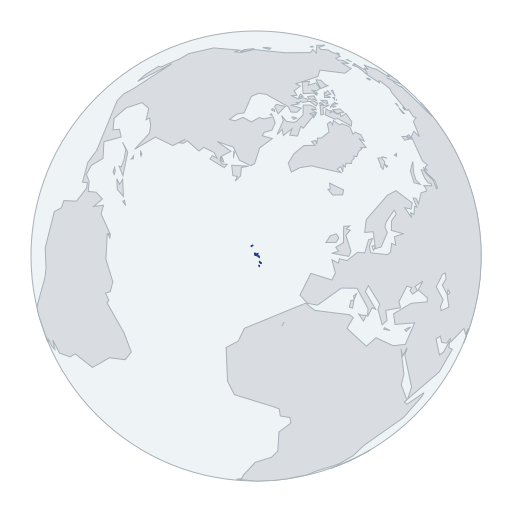 globe centered on Azores, rotated 42°
{"feature_id": "PRT-735", "entity_name": "Azores", "entity_type": "Autonomous region", "adm_level": 1, "iso_a3": "PRT", "parent_name": "Portugal", "parent_adm1": "", "projection": "orthographic", "projection_center": [-27.949, 38.331], "detail": "medium", "context": "on_globe", "style": "filled", "palette": "blue", "viewbox_px": 512, "rotation_deg": 42, "n_neighbors": 0, "source": "natural_earth", "source_scale": "10m", "svg_char_len": 10863}
<svg xmlns="http://www.w3.org/2000/svg" viewBox="0 0 512 512"><g transform="rotate(42 256 256)"><circle cx="256" cy="256" r="225" fill="#eef3f6" stroke="#a8b0b8"/><path d="M133.9,445.3L127.6,440.6L125.1,436.3L113.5,413.1L108.0,405.4L93.9,391.0L76.4,357.9L79.1,350.5L76.2,343.4L85.9,335.3L84.7,318.9L81.6,314.3L77.7,317.3L68.4,299.0L67.0,284.3L48.9,233.6L49.2,224.0L52.8,214.2L64.8,169.5L51.2,205.4L52.4,194.8L56.8,180.0L58.6,179.6L67.2,161.0L70.8,150.3L85.3,129.7L106.8,113.4L103.1,118.9L108.7,114.8L113.7,107.9L115.7,104.4L141.7,85.4L160.3,68.5L160.0,64.5L164.9,64.8L160.2,58.8L166.3,53.0L163.1,58.9L165.7,59.2L171.8,54.6L175.7,53.9L180.9,51.6L185.1,51.4L183.0,55.5L185.6,55.7L189.7,52.5L196.5,50.8L190.1,55.3L201.3,53.0L199.7,60.7L179.1,75.1L181.9,81.2L170.4,101.3L175.2,100.0L173.8,107.6L178.8,109.2L175.3,113.0L182.3,111.0L184.6,107.3L188.5,105.3L191.6,106.0L187.6,110.8L185.5,111.2L185.9,113.0L182.6,115.2L186.0,114.5L180.9,120.7L190.6,115.8L190.3,121.8L185.6,125.6L180.1,123.5L155.7,128.9L149.2,133.1L145.7,140.5L151.4,157.5L146.8,163.3L144.8,172.2L150.1,169.5L153.5,161.7L162.8,159.5L165.9,150.8L170.1,148.9L175.6,141.1L181.2,144.3L183.6,151.9L179.3,158.7L180.2,162.4L189.5,157.9L186.4,173.2L193.2,188.3L191.7,192.4L179.5,195.9L166.4,190.2L150.6,196.9L167.3,194.9L163.3,206.0L165.3,209.1L169.3,210.2L173.3,207.0L173.3,211.6L156.8,214.7L156.5,210.6L161.8,209.4L155.6,207.1L144.4,210.3L143.3,216.2L127.7,216.3L126.7,220.7L122.7,223.6L125.4,216.4L120.3,229.6L101.7,234.9L94.4,257.8L94.6,235.9L90.4,229.6L84.6,224.6L83.2,228.2L77.4,218.0L68.7,218.3L60.4,232.9L58.4,248.6L65.3,257.9L69.7,253.2L76.2,257.8L66.5,272.8L77.0,285.9L73.0,298.9L75.4,309.0L81.9,312.0L88.2,320.3L94.4,315.6L103.7,316.4L102.2,327.8L108.7,320.3L112.9,328.5L132.4,337.0L130.5,339.0L146.7,358.9L166.9,371.0L171.6,380.1L168.9,384.2L176.5,387.5L176.6,390.5L209.1,401.3L227.6,410.8L228.2,420.6L215.2,429.7L209.0,448.3L187.1,449.7L185.4,455.3L174.9,459.6L161.2,454.5L169.1,460.0L164.7,459.7L156.9,456.6L159.0,458.6L153.4,456.0L159.6,459.3L156.9,458.3L133.9,445.3ZM91.2,264.6L103.4,285.4L94.1,280.8L96.3,280.0L93.7,273.1L88.1,264.1L80.6,260.7L91.2,264.6ZM102.0,257.5L99.6,254.8L102.2,256.5L102.0,257.5ZM115.9,103.1L113.4,107.9L107.5,114.7L109.0,110.6L115.9,103.1ZM127.8,91.6L127.8,93.3L121.5,96.8L123.5,94.7L127.8,91.6ZM158.9,62.1L156.1,64.7L157.4,62.5L158.9,62.1ZM180.9,51.3L180.4,50.8L183.3,49.8L180.9,51.3ZM172.2,139.9L173.9,140.5L172.0,141.6L172.2,139.9ZM173.1,136.1L169.7,137.1L169.6,135.4L171.7,134.9L173.1,136.1ZM192.4,48.8L197.2,47.7L191.9,49.5L192.4,48.8ZM177.3,135.5L169.8,132.4L169.7,129.6L177.6,125.4L177.3,135.5ZM199.7,47.4L211.4,45.1L211.3,43.7L218.1,46.8L205.9,47.4L199.5,49.8L201.7,47.9L199.7,47.4ZM184.0,105.8L181.7,109.8L180.7,105.9L184.0,105.8ZM182.4,103.8L173.8,95.7L178.8,90.5L180.7,94.1L184.8,87.2L191.4,88.7L190.6,92.8L186.1,95.7L192.1,94.1L182.4,103.8ZM220.0,49.1L222.5,49.4L219.4,49.9L220.0,49.1ZM189.9,104.2L187.8,102.8L191.9,98.2L197.0,100.1L194.0,100.9L189.9,104.2ZM182.6,84.9L186.6,82.0L193.0,82.3L195.5,81.3L192.0,88.3L182.6,84.9ZM194.7,102.4L199.5,101.2L200.4,104.2L192.3,105.2L194.7,102.4ZM190.8,96.2L193.0,94.2L193.5,95.9L190.8,96.2ZM206.3,114.6L203.6,112.7L205.6,110.1L206.3,114.6ZM201.2,100.6L200.9,99.6L201.4,98.5L204.6,98.4L201.2,100.6ZM196.8,88.1L198.6,89.0L198.5,85.3L203.4,85.6L200.2,90.3L203.6,88.5L205.1,88.6L200.8,92.4L196.8,88.1ZM209.3,94.9L206.9,101.5L211.5,105.4L209.9,107.8L202.8,101.2L209.3,94.9ZM204.7,93.0L207.2,94.7L203.9,96.6L200.2,96.7L204.7,93.0ZM207.8,84.3L201.2,82.5L202.1,81.6L207.8,84.3ZM211.3,95.6L211.8,94.0L212.0,95.7L211.3,95.6ZM209.6,87.2L207.2,86.7L208.3,85.6L209.6,87.2ZM215.0,91.5L214.2,93.6L211.6,93.6L215.0,91.5ZM213.0,89.2L215.2,87.9L211.2,92.4L211.7,89.1L213.0,89.2ZM211.1,86.3L210.9,85.5L211.9,86.7L211.1,86.3ZM225.1,90.5L220.7,96.1L215.1,96.0L220.1,90.5L225.1,90.5ZM244.6,31.0L247.7,31.8L233.7,36.3L240.4,34.1L242.6,34.7L247.2,34.2L251.7,33.0L250.0,32.7L275.8,33.6L293.9,34.5L283.7,32.8L281.5,32.2L283.8,32.4L300.3,35.1L316.6,39.0L332.5,44.1L348.1,50.4L363.1,57.8L377.5,66.3L391.2,75.8L404.2,86.4L416.4,97.8L427.7,110.2L438.1,123.3L447.4,137.2L455.7,151.8L462.9,166.9L469.0,182.5L468.2,180.6L462.2,167.8L464.2,173.9L458.9,170.6L458.3,189.5L455.5,187.4L456.0,193.2L451.8,196.0L446.6,192.2L445.3,197.1L458.5,206.8L459.6,201.6L456.8,189.8L460.6,195.0L464.3,194.0L469.7,219.4L464.4,260.8L459.4,249.4L432.5,229.7L430.8,224.8L430.5,224.4L429.9,223.8L432.0,232.3L425.8,227.9L445.0,244.9L450.2,254.6L464.4,261.9L464.1,265.3L467.4,265.1L472.3,245.1L473.3,249.6L473.7,277.4L462.9,324.5L461.8,339.5L456.7,355.2L444.4,376.0L439.9,385.3L432.7,394.6L428.5,400.5L419.5,410.8L406.7,423.2L390.9,435.0L394.3,431.1L393.2,427.2L393.5,409.8L402.2,395.1L402.7,386.3L390.8,371.4L393.7,356.9L389.4,353.3L381.1,358.6L375.6,354.1L370.1,356.2L332.7,373.5L318.6,368.1L295.0,344.0L299.8,331.1L295.8,317.4L324.5,257.8L336.1,257.1L364.9,237.0L369.5,236.7L372.0,248.9L398.4,249.2L399.9,236.4L417.9,230.9L426.1,221.8L418.6,199.5L405.1,213.8L396.9,206.9L403.0,187.3L414.0,175.4L411.1,172.4L399.3,172.7L396.8,163.1L394.6,172.3L399.2,173.6L398.0,179.6L393.7,178.8L393.0,175.3L388.3,177.5L392.9,194.5L398.1,197.7L388.8,209.5L396.5,216.2L395.8,222.7L382.5,214.1L380.0,208.9L359.3,202.9L361.2,209.3L380.7,215.6L376.9,216.8L379.5,226.4L374.4,220.1L352.6,212.4L340.9,222.7L334.6,251.3L326.0,256.7L314.8,255.6L308.4,232.2L328.4,223.1L326.4,215.5L315.0,208.0L322.0,206.1L319.8,202.2L326.7,198.5L329.0,185.3L334.8,181.0L328.8,168.6L330.9,164.9L333.9,173.2L339.1,176.9L352.8,167.1L353.4,163.0L348.3,155.9L352.7,154.5L346.0,149.0L350.5,140.9L339.5,146.4L333.2,139.2L332.1,130.8L328.0,129.6L329.9,143.5L332.5,148.3L337.8,150.6L343.0,165.5L339.8,170.6L326.9,159.5L321.0,165.8L313.6,155.1L313.0,122.9L316.3,113.8L336.6,112.0L339.9,117.4L334.2,120.5L346.0,123.4L341.9,120.4L345.6,119.4L340.5,113.0L342.9,112.1L334.0,107.8L336.3,106.0L341.9,108.7L336.4,98.5L339.3,93.7L336.9,91.9L333.6,91.4L339.5,86.2L337.5,85.1L334.8,86.4L329.0,85.2L321.1,81.4L323.6,79.8L326.8,80.9L337.2,81.3L345.3,85.2L345.5,84.2L339.1,80.5L326.4,79.9L320.9,78.2L326.5,77.6L324.0,77.6L322.1,76.3L322.5,73.6L316.2,74.0L291.5,63.3L289.8,57.7L297.6,58.0L283.0,50.7L282.3,46.1L279.8,47.1L271.1,45.1L271.2,46.4L269.3,46.8L247.1,43.6L243.8,42.1L231.3,42.9L230.0,43.6L231.8,44.7L218.1,46.8L211.3,43.7L214.6,42.2L208.2,41.8L216.6,38.8L220.5,36.6L233.5,34.4L235.5,33.3L232.7,33.3L233.3,32.3L242.8,31.1L244.6,31.0ZM321.1,286.3L321.9,290.7L321.9,290.8L321.1,286.3ZM430.1,172.8L433.6,164.9L424.2,157.1L424.8,153.6L421.3,152.5L423.5,156.6L413.9,152.9L412.6,145.9L408.2,142.0L406.8,144.6L410.6,158.3L424.4,163.3L426.9,170.1L430.1,172.8ZM133.1,337.2L135.3,340.4L132.0,339.1L133.1,337.2ZM91.7,284.8L94.8,287.3L96.1,290.3L93.4,289.1L91.7,284.8ZM121.1,302.6L125.3,305.8L120.4,304.5L121.1,302.6ZM105.6,288.3L117.7,300.5L108.3,299.3L100.9,291.7L106.7,294.0L105.6,288.3ZM98.0,263.4L99.7,265.7L98.4,267.5L98.0,263.4ZM103.8,258.8L103.0,258.4L102.6,255.9L103.8,258.8ZM164.2,205.8L165.6,205.7L169.1,207.7L166.4,208.6L164.2,205.8ZM191.0,206.9L190.4,214.3L188.9,209.4L185.0,211.7L177.2,204.8L190.5,194.1L185.9,200.0L191.0,206.9ZM170.4,193.2L173.8,198.4L169.5,193.2L170.4,193.2ZM300.8,185.9L305.5,187.0L306.4,192.3L299.0,199.2L297.6,191.5L300.8,185.9ZM312.0,187.5L301.3,175.3L305.5,171.0L304.9,175.4L308.8,173.8L308.9,180.5L323.4,188.9L325.2,194.2L310.5,203.2L314.3,197.1L309.5,196.1L312.0,187.5ZM266.5,156.6L261.9,152.6L276.9,148.3L279.5,152.6L272.2,159.4L264.9,158.3L266.5,156.6ZM192.5,129.2L189.8,128.9L190.9,127.4L194.1,126.4L192.5,129.2ZM204.9,113.9L205.6,129.4L202.5,129.7L206.6,139.1L200.1,143.6L197.6,137.3L195.7,148.2L190.8,144.3L190.4,151.7L185.7,137.1L181.2,134.5L188.7,135.6L194.8,131.3L196.1,128.7L196.6,119.6L190.1,112.4L195.2,107.6L200.5,106.0L202.8,107.0L198.8,109.8L204.8,109.1L200.7,113.9L204.9,113.9ZM259.5,98.3L253.9,99.8L265.3,101.7L261.3,105.5L262.9,105.5L262.3,109.7L264.4,114.9L261.7,116.2L263.6,117.7L263.3,120.7L265.1,123.3L260.9,126.7L262.8,130.3L259.8,130.0L264.1,135.2L259.0,132.9L258.1,137.0L263.5,137.1L236.8,152.0L229.5,161.0L226.1,170.0L217.9,165.5L215.8,154.5L217.7,141.8L225.9,134.2L220.7,133.8L223.1,130.2L226.2,132.0L222.8,127.1L225.6,124.7L227.3,115.0L220.7,110.1L221.2,106.6L225.1,107.3L222.8,103.5L230.6,102.6L231.1,100.3L239.3,97.3L246.7,100.6L246.7,97.7L252.9,95.7L259.5,98.3ZM227.5,89.8L237.3,92.2L239.9,95.6L224.5,99.3L223.0,101.6L213.2,104.7L209.7,99.8L212.8,99.3L215.0,97.7L215.2,99.9L216.7,97.0L221.0,96.3L223.3,94.0L225.8,95.4L227.5,89.8ZM371.1,230.4L374.0,229.3L377.7,226.3L379.4,232.5L371.1,230.4ZM356.3,225.4L358.4,223.3L362.6,230.2L359.6,231.6L356.3,225.4ZM355.9,216.7L358.1,222.7L355.2,220.3L355.9,216.7ZM335.5,171.1L337.3,168.7L338.9,170.1L339.5,173.3L335.5,171.1ZM292.4,106.5L288.7,106.3L288.4,105.2L281.1,101.8L283.5,99.0L288.8,99.9L292.4,106.5ZM418.4,205.3L418.1,211.6L415.9,211.2L416.5,209.1L418.4,205.3ZM399.5,223.3L405.5,221.7L399.9,225.0L399.5,223.3ZM293.8,102.9L290.5,101.7L293.7,101.1L293.8,102.9ZM284.8,96.9L288.0,95.7L282.9,98.3L284.8,96.9ZM453.6,364.3L453.7,364.1L462.2,345.9L467.2,334.0L470.8,323.3L469.4,328.2L462.3,346.6L453.6,364.3ZM309.3,80.8L316.8,88.2L323.8,92.5L330.2,92.8L324.4,95.8L313.6,89.3L309.3,80.8ZM293.5,65.4L287.9,65.7L288.1,63.9L289.4,63.6L293.5,65.4ZM291.7,66.8L289.0,70.4L284.4,69.5L287.4,66.8L291.7,66.8ZM291.8,85.7L293.8,88.0L291.2,88.4L291.8,85.7ZM281.2,32.1L280.2,32.2L277.4,32.1L276.1,31.6L281.2,32.1ZM223.2,48.4L222.5,49.3L221.3,48.6L223.2,48.4ZM269.6,47.6L266.9,48.0L265.6,46.9L269.6,47.6ZM258.6,48.7L262.0,49.6L257.3,49.3L258.6,48.7ZM269.7,51.7L262.8,50.3L270.9,50.8L269.7,51.7Z" fill="#d9dde1" stroke="#a8b0b8" stroke-width="1"/><path d="M264.5,257.7L264.7,257.8L264.7,258.0L264.0,258.3L263.7,258.3L263.4,258.3L263.3,258.2L263.0,258.2L262.6,258.0L262.5,257.8L262.5,257.6L262.8,257.6L263.0,257.7L263.0,257.8L263.4,257.9L263.6,257.8L264.1,257.7L264.5,257.7ZM255.5,255.5L255.3,255.7L255.1,255.8L255.0,255.7L254.9,255.7L254.5,255.7L254.4,255.7L254.2,255.5L254.2,255.4L254.2,255.2L254.4,255.1L254.7,255.1L255.2,255.5L255.5,255.5ZM258.9,254.6L258.7,254.6L258.7,254.8L258.4,254.8L258.3,254.7L258.2,254.8L258.1,254.7L257.9,254.7L257.7,254.3L257.8,254.2L258.0,254.1L258.5,254.2L258.7,254.3L258.8,254.4L258.8,254.5L258.9,254.6ZM256.2,254.9L256.5,255.1L256.3,255.2L256.1,255.1L255.9,255.0L255.7,255.0L255.6,254.9L255.3,254.8L255.2,254.7L254.9,254.4L255.0,254.4L255.7,254.7L256.2,254.9ZM246.1,251.2L246.3,251.2L246.3,251.3L246.3,251.5L246.2,251.8L245.9,251.8L245.9,251.6L245.9,251.4L246.0,251.2L246.1,251.2ZM254.0,254.9L254.0,255.1L253.9,255.2L253.9,255.3L253.8,255.2L253.6,255.3L253.5,255.2L253.3,255.0L253.3,254.9L253.5,254.9L253.9,254.9L254.0,254.9ZM265.0,261.0L265.2,261.3L264.9,261.3L264.7,261.3L264.6,261.1L264.8,261.0L265.0,261.0ZM255.9,253.3L255.7,253.2L255.8,253.0L256.0,253.2L256.0,253.3L255.9,253.3ZM246.4,250.3L246.5,250.4L246.5,250.5L246.4,250.6L246.3,250.4L246.4,250.3Z" fill="#3b82f6" stroke="#1e3a8a" stroke-width="1.5"/></g></svg>